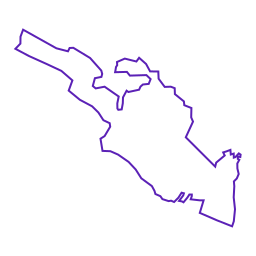 outline of Jondor, Bukhoro, Uzbekistan
{"feature_id": "79887680B67164743475948", "entity_name": "Jondor", "entity_type": "district", "adm_level": 2, "iso_a3": "UZB", "parent_name": "Uzbekistan", "parent_adm1": "Bukhoro", "projection": "orthographic", "projection_center": [63.66, 39.945], "detail": "fine", "context": "isolated", "style": "outline", "palette": "violet", "viewbox_px": 256, "rotation_deg": 0, "n_neighbors": 0, "source": "geoboundaries", "source_scale": "gbopen_adm2", "svg_char_len": 1568}
<svg xmlns="http://www.w3.org/2000/svg" viewBox="0 0 256 256"><path d="M102.2,73.9L101.3,70.6L90.1,58.0L73.3,47.8L69.6,48.0L68.0,51.3L56.4,48.3L23.1,29.7L20.5,36.7L20.4,43.6L15.4,48.8L28.7,55.9L47.1,64.2L61.4,70.9L72.4,80.4L68.7,90.6L79.9,99.8L92.1,106.3L98.4,112.5L103.4,120.2L109.7,123.2L110.2,126.7L104.6,136.1L100.5,138.7L102.5,150.9L110.4,151.2L118.1,154.6L128.6,161.9L135.7,169.5L141.3,178.3L151.9,186.1L154.5,190.9L155.4,194.0L160.4,196.2L162.4,199.1L168.6,201.1L171.1,200.7L174.1,202.0L178.4,197.7L181.6,192.7L183.9,193.3L183.2,195.5L179.1,200.9L181.9,201.4L183.5,202.3L187.3,197.7L189.4,194.5L191.8,194.5L191.8,196.1L190.7,199.3L199.5,200.3L203.6,200.3L199.8,212.9L216.9,220.3L232.1,226.3L233.8,221.3L235.0,209.3L233.7,197.3L234.3,186.2L233.9,181.4L236.8,178.5L238.7,174.0L237.4,168.5L237.3,163.5L239.3,159.8L237.8,158.9L237.9,156.5L240.3,157.0L240.6,154.6L238.8,153.4L235.4,157.1L233.8,157.6L233.7,153.6L230.8,154.5L230.4,149.9L226.4,151.4L223.2,152.4L224.7,155.5L221.8,157.9L216.2,162.6L215.2,166.6L185.8,137.3L193.0,121.6L191.2,117.4L191.4,108.0L184.3,105.2L183.9,101.4L174.9,94.1L174.7,88.2L170.8,86.7L164.7,86.9L158.6,78.7L158.3,71.5L150.1,71.4L146.1,64.0L139.1,57.8L136.4,61.5L124.8,58.6L117.0,62.0L117.2,65.2L116.0,67.0L115.5,70.2L115.1,72.2L126.9,71.9L129.9,75.6L146.4,75.1L150.6,79.1L148.7,83.9L142.9,84.5L140.5,86.6L139.1,89.7L128.4,92.0L126.6,90.7L123.0,97.4L122.8,103.3L121.7,109.4L118.3,109.8L117.4,108.5L117.3,103.4L118.7,96.5L104.6,86.7L95.7,88.4L92.8,86.0L94.9,78.2L101.4,76.9L102.2,73.9Z" fill="none" stroke="#5b21b6" stroke-width="2"/></svg>